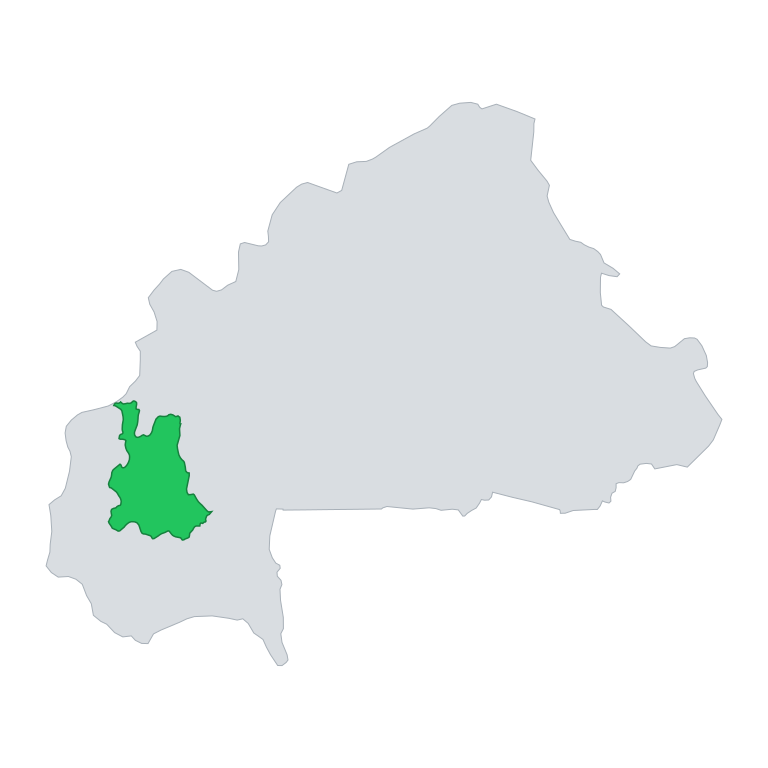 where Houet sits in Burkina Faso
{"feature_id": "BFA-2799", "entity_name": "Houet", "entity_type": "Province", "adm_level": 1, "iso_a3": "BFA", "parent_name": "Burkina Faso", "parent_adm1": "", "projection": "natural_earth1", "projection_center": [-4.316, 11.385], "detail": "fine", "context": "in_parent", "style": "filled", "palette": "green", "viewbox_px": 768, "rotation_deg": 0, "n_neighbors": 0, "source": "natural_earth", "source_scale": "10m", "svg_char_len": 5997}
<svg xmlns="http://www.w3.org/2000/svg" viewBox="0 0 768 768"><path d="M595.2,509.4L573.2,510.5L565.2,513.2L560.4,513.3L560.2,511.0L559.6,509.6L531.8,501.8L512.4,497.3L492.6,492.2L491.5,496.9L488.7,500.0L484.4,500.2L481.4,499.5L479.5,503.2L476.2,508.0L471.7,510.4L467.2,513.4L464.7,516.0L462.8,516.1L458.3,509.9L452.3,509.2L441.1,510.3L436.0,508.6L429.2,507.8L412.9,509.1L386.9,506.5L382.7,507.9L381.5,509.0L355.8,509.3L327.5,509.6L303.8,509.9L283.1,510.1L283.0,509.1L276.4,508.9L275.6,511.0L269.8,535.9L269.2,549.4L272.3,557.8L275.8,563.1L279.8,565.3L280.2,568.3L277.0,572.2L277.3,576.2L281.0,580.3L281.9,584.6L280.0,589.2L280.5,600.1L283.3,617.4L283.4,628.6L280.8,633.7L282.0,642.4L287.1,654.8L288.0,660.0L286.2,662.4L282.0,665.6L277.7,665.5L272.7,658.0L270.5,654.7L266.4,647.1L263.0,639.5L258.3,636.1L253.8,633.0L248.2,623.4L242.8,618.8L237.2,620.1L228.9,618.3L212.2,615.9L194.3,616.6L186.9,618.8L179.5,622.3L160.9,630.1L153.5,633.9L148.0,643.6L141.6,643.4L135.3,640.3L131.3,635.9L122.8,636.9L114.6,632.6L106.7,624.2L100.9,621.4L93.4,615.3L91.3,603.7L86.6,595.6L82.3,584.3L75.9,579.2L68.4,576.5L58.2,577.1L51.4,572.6L46.1,565.9L47.5,560.2L49.9,552.1L50.2,544.2L51.8,531.5L50.8,515.6L49.0,504.6L54.6,499.9L61.2,495.8L65.3,488.3L69.5,471.3L71.3,456.7L70.0,451.3L67.8,447.0L66.1,440.7L65.1,433.0L66.3,426.3L71.3,420.1L77.5,414.9L81.9,412.4L93.6,409.8L108.2,406.0L116.6,401.6L122.8,397.2L126.2,393.7L129.7,386.6L135.4,381.1L139.7,375.5L140.3,360.0L140.3,351.2L137.1,346.4L135.3,342.2L156.9,330.1L157.1,321.5L154.1,312.0L149.8,304.3L148.3,297.7L154.2,289.9L159.6,284.0L163.4,279.0L171.9,271.4L180.8,269.4L188.8,272.3L212.5,290.2L216.6,291.3L221.5,289.9L227.7,285.2L235.8,281.5L238.8,269.6L238.5,252.0L240.3,243.9L244.6,242.5L258.2,245.8L261.7,246.0L265.7,244.9L268.6,241.8L268.4,236.1L267.8,231.1L272.2,214.8L280.3,202.5L296.6,187.2L301.7,184.1L307.6,182.5L336.9,193.0L341.7,190.4L348.8,164.3L356.7,161.8L366.3,161.4L372.4,159.1L375.6,157.3L389.5,147.4L414.1,133.9L427.3,128.1L429.8,126.0L439.3,116.4L451.8,105.4L459.7,103.2L470.8,102.4L477.8,104.2L479.7,107.3L482.0,108.9L496.4,104.2L517.1,111.6L535.0,119.0L533.9,123.6L533.8,131.8L532.4,144.7L530.7,160.3L538.1,170.3L547.0,181.1L549.4,185.3L547.1,196.0L548.8,202.2L553.5,212.6L561.5,225.8L569.8,239.4L575.4,241.2L580.8,242.3L584.1,244.7L588.9,247.1L593.7,248.6L597.8,251.6L600.5,254.5L604.0,262.9L613.2,268.4L619.7,273.9L617.1,276.7L609.1,275.6L601.5,273.2L600.5,277.2L600.3,292.5L601.6,305.3L603.4,307.0L611.0,309.4L629.1,326.0L645.6,341.8L651.1,345.9L660.2,347.4L670.3,348.1L674.7,346.6L684.4,338.7L689.7,337.8L694.5,338.0L697.1,339.3L701.9,345.8L706.3,355.5L707.6,362.7L707.3,366.6L705.8,368.1L697.7,369.9L694.2,371.4L693.4,373.5L694.7,378.3L696.3,381.5L705.1,395.6L718.0,414.5L721.9,419.4L719.7,425.1L713.3,439.9L708.6,446.1L687.3,467.1L676.8,464.6L654.8,468.9L651.5,464.0L646.3,463.4L640.0,464.2L637.7,466.1L637.0,468.1L634.7,471.0L630.7,479.4L627.6,481.5L623.7,482.8L618.9,482.6L616.1,483.7L616.1,487.8L615.2,491.4L612.0,493.2L610.6,497.2L610.9,501.2L609.0,503.0L604.9,502.0L602.4,500.9L600.1,506.0L597.3,509.5L595.2,509.4Z" fill="#d9dde1" stroke="#a8b0b8" stroke-width="1"/><path d="M118.0,403.3L118.8,403.2L120.5,402.3L120.6,402.0L121.2,402.4L121.8,403.1L123.3,404.0L125.4,403.7L127.4,403.2L129.2,403.4L130.8,403.1L133.3,401.0L134.6,401.1L135.8,401.8L136.6,402.8L136.6,404.6L136.1,407.0L136.1,408.9L137.2,409.4L138.9,409.5L139.5,410.7L139.0,412.6L138.4,414.6L138.1,416.6L138.0,418.9L137.7,422.0L137.2,424.9L134.8,431.2L134.4,432.9L134.7,435.3L136.3,437.2L138.0,437.4L139.5,436.9L140.9,436.2L142.0,435.4L143.5,434.8L146.5,436.3L148.3,436.0L150.0,434.9L151.4,432.9L152.3,430.8L152.9,427.3L153.4,425.8L156.0,419.1L158.3,416.7L160.0,416.1L162.1,416.4L164.3,416.5L166.4,416.3L167.8,415.7L168.9,414.7L170.8,414.3L172.9,414.9L174.3,415.8L175.4,416.6L176.7,416.4L178.0,415.9L178.3,416.4L179.1,416.8L179.8,417.2L180.3,420.2L180.2,421.4L179.9,423.2L180.2,424.1L180.7,424.0L180.2,425.7L179.5,428.7L179.9,435.5L177.1,445.3L177.5,448.6L178.1,451.7L178.9,455.0L180.3,457.7L181.9,459.7L183.6,461.2L184.3,462.3L185.3,467.1L185.7,470.9L187.3,472.7L189.2,473.0L189.2,475.8L186.5,489.0L187.0,492.4L188.4,494.7L190.8,494.6L193.3,494.1L193.7,494.4L194.3,494.9L196.6,499.1L198.4,501.8L200.3,503.7L201.9,505.1L207.0,510.8L208.4,511.9L210.4,511.8L211.7,511.6L209.3,514.4L208.5,514.8L208.1,514.9L207.6,515.1L206.8,515.8L205.8,518.2L205.6,519.7L206.0,521.0L205.5,521.9L204.2,522.1L202.7,523.4L201.7,523.1L200.8,523.1L200.1,523.9L199.8,526.0L196.2,526.0L194.7,526.7L193.7,528.1L192.7,530.0L189.7,533.3L189.5,535.3L189.2,537.0L188.0,537.9L185.1,539.0L183.9,539.8L182.3,540.0L180.6,537.8L175.6,536.8L173.7,536.0L172.5,535.2L171.4,534.0L169.4,531.4L168.6,530.9L167.6,531.1L165.1,532.4L161.5,533.7L159.4,535.0L158.6,535.7L154.0,538.6L152.6,538.7L151.8,537.7L151.3,536.6L150.5,535.8L145.5,534.1L143.3,533.9L142.0,533.2L141.0,531.5L138.9,525.1L137.0,522.8L134.9,521.9L133.1,521.7L131.0,521.7L128.8,522.6L126.5,524.4L124.9,526.1L124.2,527.1L119.7,530.9L118.1,531.1L116.2,529.9L113.8,528.9L112.3,528.2L111.4,526.5L109.0,523.0L108.5,521.6L108.9,521.1L109.9,518.6L111.1,517.0L111.7,515.4L111.3,513.4L111.0,511.2L111.6,509.4L113.5,508.4L115.8,507.9L117.0,506.6L118.5,505.7L120.3,505.3L120.8,504.3L121.0,503.0L121.2,501.5L120.9,499.7L120.1,497.7L118.7,495.7L117.5,493.5L116.4,492.0L111.1,487.8L110.0,487.7L109.5,487.2L109.0,485.7L108.5,484.1L109.1,481.8L111.2,477.1L111.6,474.9L111.8,472.7L112.8,470.3L114.0,469.1L120.0,464.2L120.9,464.9L121.8,467.2L122.6,467.7L123.5,467.8L124.8,467.3L126.6,465.5L127.8,463.6L128.5,462.2L129.4,459.7L129.6,457.0L129.4,454.9L128.3,452.8L126.8,450.6L125.8,448.0L125.2,445.0L125.4,443.2L125.9,440.6L124.8,439.7L122.6,439.2L120.2,439.2L119.0,438.6L119.3,436.9L119.6,435.5L120.5,434.5L121.9,434.1L122.9,433.1L122.9,431.9L122.4,430.8L122.2,429.1L122.4,424.7L123.3,419.7L123.1,416.8L121.9,410.9L120.8,409.3L116.5,406.5L115.1,405.7L113.8,405.5L114.4,404.2L115.3,403.3L116.2,403.0L118.0,403.3Z" fill="#22c55e" stroke="#15803d" stroke-width="1.5"/></svg>